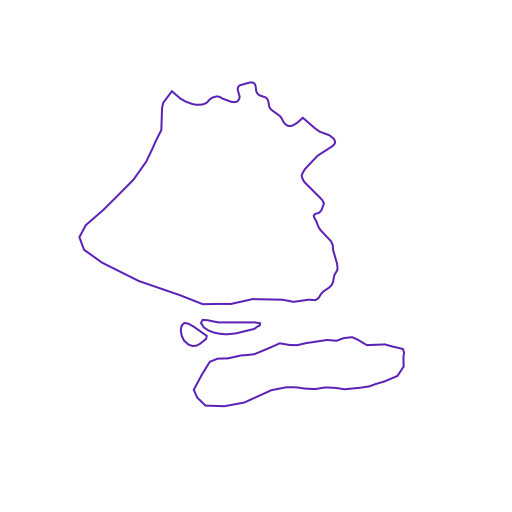 Shanghai, Equal Earth projection, rotated 142°
{"feature_id": "CHN-1819", "entity_name": "Shanghai", "entity_type": "Municipality", "adm_level": 1, "iso_a3": "CHN", "parent_name": "China", "parent_adm1": "", "projection": "equal_earth", "projection_center": [121.333, 31.266], "detail": "fine", "context": "isolated", "style": "outline", "palette": "violet", "viewbox_px": 512, "rotation_deg": 142, "n_neighbors": 0, "source": "natural_earth", "source_scale": "10m", "svg_char_len": 2714}
<svg xmlns="http://www.w3.org/2000/svg" viewBox="0 0 512 512"><g transform="rotate(142 256 256)"><path d="M236.5,184.7L241.2,189.0L254.7,196.8L261.9,205.1L285.2,224.1L305.4,233.7L314.5,240.9L327.6,250.8L340.1,272.0L363.8,308.5L381.4,345.5L387.7,366.8L383.6,379.6L371.1,385.1L348.2,386.3L329.6,388.5L305.5,391.6L284.5,397.9L272.4,403.9L264.0,408.4L253.1,413.5L238.8,430.6L234.7,433.9L220.8,437.6L218.7,426.7L216.3,420.9L212.7,415.1L211.4,413.5L209.3,411.4L205.5,408.7L204.0,408.0L202.4,407.5L200.7,407.2L199.0,407.3L196.1,407.9L194.2,407.8L192.0,407.4L188.8,406.0L187.2,404.5L186.3,402.9L185.4,400.5L180.3,392.3L177.8,390.2L175.7,389.3L174.2,389.5L172.8,390.0L171.6,390.8L170.7,391.9L170.0,393.5L168.7,396.8L168.0,398.3L167.1,399.5L165.8,400.2L164.4,400.5L162.9,400.2L153.8,396.4L151.9,394.8L151.0,393.0L151.3,391.3L151.9,389.8L154.4,385.6L154.8,383.8L154.8,382.0L154.1,380.1L150.9,375.2L150.5,373.9L150.5,372.4L150.9,370.7L151.6,369.2L153.2,366.5L153.8,364.9L154.0,363.1L153.8,361.4L151.1,352.1L151.0,350.3L151.1,348.4L151.8,344.5L151.8,342.2L151.0,339.4L149.7,337.9L148.2,336.8L144.8,335.9L141.2,335.6L134.0,336.1L130.9,320.2L129.3,314.8L123.8,305.9L122.5,300.1L122.9,298.6L123.6,296.9L124.8,296.1L126.2,295.7L127.8,295.5L145.7,297.1L163.8,294.4L167.9,292.8L170.5,291.2L171.3,289.7L171.8,287.9L172.2,286.0L172.3,284.1L169.5,261.3L169.4,259.4L169.6,257.5L170.2,255.5L176.2,251.8L177.7,251.5L179.2,251.3L180.7,251.6L182.7,252.4L183.9,252.7L185.6,252.3L186.2,251.2L186.5,250.3L187.0,246.8L187.4,245.1L188.3,242.6L189.0,239.5L189.2,237.4L189.2,235.8L188.8,232.2L187.8,221.5L188.8,217.3L191.5,213.4L196.7,200.4L198.5,197.3L200.0,195.3L201.2,194.6L205.3,193.0L206.6,192.2L211.6,187.9L212.3,187.5L214.6,186.5L217.7,186.1L224.8,186.6L228.2,186.0L232.8,184.3L236.5,184.7ZM355.6,147.8L373.4,157.1L387.9,169.2L389.5,180.6L387.4,188.9L372.0,195.7L357.5,201.1L349.4,198.7L341.3,192.7L328.7,186.7L324.0,183.4L317.9,179.7L301.3,175.1L291.1,172.6L284.0,164.9L278.3,160.3L270.5,156.7L251.6,146.0L244.7,139.6L237.4,137.3L230.2,132.8L227.5,127.8L223.5,117.5L208.9,107.0L204.5,101.0L200.0,95.5L197.5,92.3L198.8,88.6L202.0,85.7L207.7,78.0L218.3,74.4L232.1,78.1L241.5,81.8L247.2,83.6L256.1,88.7L268.3,96.5L274.4,103.0L282.5,109.9L291.0,114.5L299.1,121.4L303.9,126.5L307.5,129.7L312.8,133.8L326.5,140.8L355.6,147.8ZM336.4,221.7L339.2,226.3L341.1,231.8L340.6,237.1L337.4,238.5L333.9,235.4L326.5,226.8L297.6,204.2L294.2,200.4L295.8,199.0L298.5,199.5L302.2,199.6L319.5,207.4L327.7,212.6L332.5,217.1L336.4,221.7ZM354.3,221.3L358.1,222.0L361.4,224.1L363.8,227.9L364.8,233.4L363.7,238.8L361.1,243.7L357.5,246.9L353.6,247.4L350.9,244.2L348.5,238.4L344.0,223.3L346.4,221.4L354.3,221.3Z" fill="none" stroke="#5b21b6" stroke-width="2"/></g></svg>